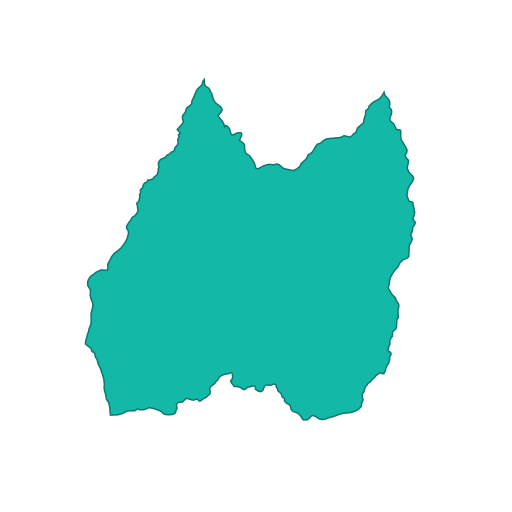 Guaitarilla, Nariño, Colombia, rotated 15°
{"feature_id": "7082276B31690225930459", "entity_name": "Guaitarilla", "entity_type": "district", "adm_level": 2, "iso_a3": "COL", "parent_name": "Colombia", "parent_adm1": "Nariño", "projection": "natural_earth1", "projection_center": [-77.524, 1.156], "detail": "fine", "context": "isolated", "style": "filled", "palette": "teal", "viewbox_px": 512, "rotation_deg": 15, "n_neighbors": 0, "source": "geoboundaries", "source_scale": "gbopen_adm2", "svg_char_len": 6125}
<svg xmlns="http://www.w3.org/2000/svg" viewBox="0 0 512 512"><g transform="rotate(15 256 256)"><path d="M160.3,98.9L159.6,100.4L159.5,104.3L158.7,106.1L157.0,108.6L155.8,111.2L154.9,117.9L154.0,122.5L154.0,123.4L154.5,125.4L153.3,127.8L151.0,130.5L150.6,132.0L150.5,135.2L148.8,139.7L149.3,142.1L150.9,144.8L151.0,146.5L147.2,154.3L151.0,156.7L150.9,157.4L149.7,159.0L150.7,160.5L150.8,161.4L150.2,163.7L151.5,166.7L151.4,169.1L149.7,172.2L149.7,174.9L149.1,176.6L147.2,177.5L146.2,179.8L143.9,181.7L143.0,184.1L139.3,187.0L138.5,188.0L137.9,189.9L137.7,191.5L138.2,193.3L139.3,195.5L139.0,197.0L139.5,198.5L139.6,202.0L139.3,203.2L137.1,206.4L136.2,208.7L134.9,209.1L133.6,210.3L132.2,210.4L131.9,210.6L131.8,211.8L131.0,213.4L129.6,214.3L129.0,215.6L128.6,217.0L128.9,218.3L128.8,219.0L128.3,220.4L127.1,221.9L128.2,224.3L127.7,226.7L128.5,229.1L128.6,232.1L128.4,233.9L127.3,235.5L127.2,236.3L128.4,238.0L129.1,240.0L130.1,241.9L130.4,243.5L130.0,245.0L128.7,248.3L126.8,250.4L126.0,252.0L125.6,254.4L124.5,256.4L123.4,260.5L123.6,262.0L123.9,262.8L125.9,264.6L126.6,265.9L127.0,267.7L127.0,273.0L126.1,276.6L123.6,283.2L119.8,288.5L118.6,289.6L116.6,294.3L115.9,298.2L115.0,301.7L115.0,303.1L116.0,305.5L116.2,307.0L116.0,308.0L115.0,308.6L110.9,309.3L109.6,309.8L105.4,313.4L103.9,315.8L102.9,316.6L101.4,318.7L100.3,321.9L100.1,324.3L100.5,326.2L101.2,328.2L104.9,331.6L106.1,337.1L107.3,339.4L110.2,343.3L111.4,346.6L111.6,354.5L113.6,361.5L114.1,364.5L114.1,366.4L113.6,369.0L113.8,373.1L113.5,375.2L113.7,379.3L113.4,381.1L113.8,384.4L114.1,385.1L115.0,385.6L120.4,387.8L122.1,390.5L122.9,390.9L124.2,391.0L125.5,391.9L126.9,395.0L129.3,397.1L131.5,401.2L134.6,404.6L138.4,410.2L141.0,414.6L142.7,419.1L143.2,421.8L144.2,424.7L146.8,428.9L148.6,433.1L151.4,435.5L153.5,439.1L156.5,447.4L163.8,445.1L168.4,442.3L171.0,439.6L171.8,439.0L175.8,437.7L178.5,437.0L179.5,436.3L180.8,434.6L181.5,434.4L183.4,434.7L186.8,433.7L188.0,433.1L192.0,430.2L192.9,430.0L197.3,429.8L203.0,430.4L205.2,431.0L208.3,432.5L209.1,432.6L212.6,432.0L216.8,430.5L218.7,428.4L218.7,425.7L219.1,424.4L219.0,423.1L217.6,420.2L217.8,418.7L219.2,417.4L222.3,416.4L222.8,415.9L225.0,412.2L226.5,411.3L228.8,411.6L232.7,411.5L236.0,409.4L237.0,409.7L238.4,410.8L239.6,410.6L240.0,410.2L242.6,407.0L244.8,405.1L245.6,403.3L247.1,401.5L247.1,399.4L245.7,396.5L245.5,395.1L247.3,391.9L248.6,390.6L249.5,388.9L249.9,387.2L250.7,386.5L251.1,385.5L251.6,383.3L252.2,382.1L254.0,380.0L255.2,379.1L260.8,376.2L262.0,375.1L263.4,375.6L264.7,378.5L265.0,380.8L264.2,382.1L263.9,383.5L264.3,384.1L265.5,385.1L268.9,387.7L271.1,387.0L274.8,386.9L278.6,388.3L280.1,387.5L282.0,384.6L283.9,384.1L286.6,382.2L289.0,382.3L289.5,383.0L289.9,384.7L290.7,385.2L293.4,386.0L295.1,385.9L295.9,385.7L296.5,385.2L297.3,383.9L298.1,378.9L299.8,377.7L301.8,377.6L303.6,377.0L306.5,375.0L308.0,374.9L309.0,375.5L309.5,377.3L311.4,379.1L312.1,380.6L315.5,382.2L317.0,383.9L317.8,385.5L320.4,386.2L320.7,386.6L320.9,388.4L321.9,389.3L324.0,390.4L326.5,390.9L328.0,391.9L329.2,394.5L329.8,395.2L332.1,396.6L335.9,396.8L338.3,397.5L340.1,398.7L342.2,400.7L344.5,402.1L346.4,401.3L347.9,401.0L349.3,399.2L350.7,396.5L351.5,395.7L352.4,395.3L355.7,395.7L358.4,396.8L360.0,397.0L362.1,396.9L365.6,395.3L367.9,393.5L372.0,391.3L378.7,386.5L382.4,384.7L385.2,383.9L388.7,382.3L391.5,380.5L393.7,378.4L395.3,376.5L396.6,374.2L396.2,369.9L396.7,367.4L394.9,364.1L394.5,362.4L394.5,361.4L395.4,359.6L395.5,353.9L396.4,352.5L397.2,350.0L399.0,347.9L400.6,344.4L401.6,343.2L402.6,341.0L404.5,338.1L405.2,337.8L406.7,336.4L409.1,337.0L409.9,336.4L410.5,334.4L410.5,330.4L410.8,328.4L411.7,326.1L411.9,324.7L411.9,321.3L411.2,319.3L411.8,316.6L411.6,315.0L410.4,314.0L408.5,313.8L407.9,312.9L407.7,311.7L407.7,309.7L408.2,306.4L407.2,303.6L407.2,302.9L407.6,301.2L407.6,299.5L408.6,298.5L407.6,294.0L408.0,293.0L409.9,290.4L410.1,288.2L408.5,281.0L409.3,279.2L409.3,278.5L408.8,276.4L407.2,272.1L407.0,267.5L406.2,265.7L405.4,264.8L402.6,262.4L401.4,260.2L396.5,257.4L395.6,256.2L392.6,253.5L391.8,252.0L392.0,249.1L391.4,244.7L391.4,242.1L392.4,237.5L394.2,233.0L396.0,229.5L396.6,225.8L398.1,223.0L399.4,221.2L402.7,218.8L403.7,216.9L401.4,206.6L402.5,200.4L402.5,199.0L400.3,196.0L399.9,194.0L400.5,192.6L400.6,191.9L400.0,187.7L401.2,184.1L401.2,182.5L400.6,181.6L399.2,181.0L398.3,179.8L398.0,179.0L398.2,174.4L397.9,172.6L393.6,163.7L392.7,163.4L390.5,163.5L389.4,163.1L386.2,158.8L385.4,152.3L386.0,148.8L387.6,144.4L388.1,142.3L388.2,140.8L387.8,139.4L386.7,138.3L381.8,135.4L379.6,132.5L379.0,130.8L379.1,126.8L378.7,124.4L377.3,123.2L375.9,122.6L374.2,120.5L374.1,119.4L374.8,117.3L374.5,114.5L369.8,109.5L367.4,107.4L365.5,105.2L363.4,97.6L362.4,96.9L359.8,97.5L358.6,97.1L355.2,93.1L353.9,92.2L351.1,90.9L350.1,89.6L349.6,87.7L350.0,84.1L349.8,81.6L348.8,79.7L347.0,78.4L346.2,77.3L345.6,73.4L343.9,70.7L340.7,68.5L339.2,67.8L337.3,64.6L336.9,66.8L335.0,71.5L334.1,72.7L329.9,76.6L328.5,78.3L326.5,81.9L326.3,84.5L324.4,87.5L325.2,90.8L324.9,96.6L325.4,99.2L325.1,99.9L321.1,105.8L320.8,106.9L320.5,110.8L318.5,113.0L317.6,115.1L315.8,116.9L309.9,117.0L308.0,118.9L306.1,120.0L302.9,121.2L302.2,121.2L301.7,121.8L298.1,122.9L293.7,124.7L291.5,126.8L288.9,130.5L286.5,132.0L285.6,133.7L283.6,140.8L281.9,143.2L280.0,145.1L280.1,146.4L279.3,149.4L275.7,155.0L275.3,157.7L273.0,161.3L269.9,163.8L262.6,164.3L259.9,164.3L254.6,161.8L252.0,161.8L250.0,163.2L245.2,164.0L242.3,165.4L239.7,167.2L235.7,171.0L234.6,171.4L233.0,171.1L231.8,168.9L229.9,166.1L225.6,162.2L223.5,160.7L220.2,159.7L219.2,159.0L217.4,155.9L216.8,154.2L216.6,152.6L215.7,151.2L214.8,150.4L210.1,148.6L210.9,143.3L210.7,142.0L210.2,141.2L209.3,140.9L207.6,141.3L205.4,142.4L202.5,145.1L200.7,145.1L199.6,143.6L199.0,142.2L198.2,141.7L197.9,140.5L197.4,139.9L195.5,138.5L194.0,137.8L192.6,138.1L192.2,139.2L191.3,137.5L188.6,134.5L183.5,130.9L183.2,130.2L183.3,129.7L185.4,124.8L185.4,123.5L184.8,122.4L183.0,120.9L177.6,118.7L175.6,117.2L174.2,115.5L171.1,110.5L169.3,108.8L168.2,107.1L165.7,105.6L163.7,105.3L162.6,104.3L161.3,102.3L160.3,98.9Z" fill="#14b8a6" stroke="#0f766e" stroke-width="1.5"/></g></svg>